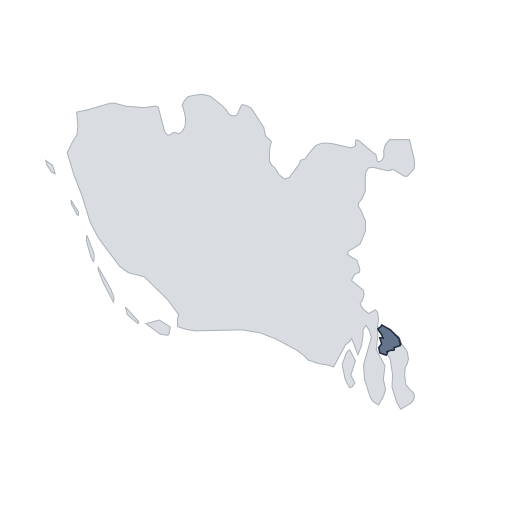 location of Hulst, Zeeland, Netherlands, rotated 255°
{"feature_id": "6326949B4245688321620", "entity_name": "Hulst", "entity_type": "district", "adm_level": 2, "iso_a3": "NLD", "parent_name": "Netherlands", "parent_adm1": "Zeeland", "projection": "natural_earth1", "projection_center": [4.05, 51.332], "detail": "fine", "context": "in_parent", "style": "filled", "palette": "slate", "viewbox_px": 512, "rotation_deg": 255, "n_neighbors": 0, "source": "geoboundaries", "source_scale": "gbopen_adm2", "svg_char_len": 5212}
<svg xmlns="http://www.w3.org/2000/svg" viewBox="0 0 512 512"><g transform="rotate(255 256 256)"><path d="M328.7,434.4L318.8,434.1L309.5,433.9L304.5,433.2L299.3,431.4L296.9,427.5L293.9,422.7L294.7,419.9L303.3,411.7L304.6,409.4L303.7,408.2L304.6,404.6L311.2,392.4L312.0,387.5L309.0,384.1L304.6,382.1L290.6,378.4L283.9,373.4L280.8,368.9L277.7,367.6L273.1,369.2L261.5,370.8L252.1,368.4L240.9,360.0L238.3,352.5L236.9,346.7L234.1,344.7L230.4,347.7L225.7,352.4L216.4,352.9L213.7,351.8L213.3,349.2L212.7,346.8L210.1,343.7L207.4,342.0L195.5,350.6L191.1,350.6L185.6,347.3L182.8,344.0L176.7,345.9L171.3,349.9L173.2,357.4L170.2,358.8L163.5,358.1L155.9,355.0L147.4,353.1L134.5,347.9L116.5,352.2L104.0,347.1L93.6,346.6L87.2,342.6L80.3,335.8L85.2,331.3L90.0,329.8L109.0,328.9L122.8,331.6L147.6,346.4L153.9,346.3L160.5,344.4L157.1,340.4L150.9,338.5L141.7,334.5L134.3,328.9L151.6,327.1L149.2,324.2L146.9,319.3L128.7,302.2L131.8,297.6L136.4,287.6L142.1,279.4L146.6,277.2L154.1,271.3L170.3,254.2L180.6,240.3L188.2,223.8L199.3,178.3L202.6,170.6L208.0,162.0L214.8,163.6L219.5,166.1L236.2,159.6L264.7,142.8L273.0,128.3L281.3,121.6L314.0,108.5L332.1,104.5L360.1,103.5L380.2,101.2L404.5,100.3L413.9,108.4L419.3,114.4L428.0,117.7L441.4,119.9L440.8,131.6L441.3,154.8L440.3,158.9L434.5,168.7L428.3,186.3L426.8,197.9L424.9,200.1L399.3,200.0L395.7,202.0L395.2,204.5L396.6,207.5L396.0,210.5L394.0,212.9L395.2,216.7L399.7,221.1L407.8,223.8L416.5,224.0L420.9,223.6L424.2,226.7L427.5,231.5L427.3,237.5L426.2,245.6L422.2,253.2L410.5,261.8L405.2,264.9L400.3,266.4L397.9,268.7L396.9,271.6L397.1,274.2L405.7,281.1L405.5,282.7L403.1,286.3L399.9,289.7L378.2,296.8L369.2,296.3L364.1,299.8L362.5,300.5L356.8,297.2L344.1,293.5L339.3,294.8L336.7,296.8L328.7,299.3L323.1,303.2L323.1,308.2L333.3,321.2L336.9,323.7L337.1,328.5L342.1,334.6L347.2,342.2L347.8,347.1L347.3,352.0L344.7,358.9L336.1,375.2L336.0,378.4L336.8,380.8L339.8,381.4L342.1,382.6L341.5,384.8L325.1,396.1L323.0,398.1L316.1,397.6L315.0,399.5L316.0,402.5L318.7,405.2L324.6,406.6L329.7,409.5L333.8,415.1L328.7,434.4ZM155.9,355.0L154.4,359.7L150.6,364.9L137.7,372.4L124.3,377.3L117.3,376.7L112.6,374.1L110.0,371.4L102.8,368.8L93.0,367.5L86.8,370.3L82.4,373.0L78.5,372.5L75.7,370.3L73.5,366.9L70.6,356.1L77.9,354.1L93.9,353.4L106.2,357.2L122.5,359.0L134.9,353.8L144.7,358.2L155.9,355.0ZM128.9,311.1L138.4,317.8L140.4,320.0L141.1,322.3L129.1,325.0L116.3,316.7L107.8,318.7L104.6,314.7L104.6,312.3L113.4,310.2L128.9,311.1ZM219.2,146.0L209.7,154.8L203.9,152.3L202.2,150.3L205.1,143.5L219.2,132.1L219.2,146.0ZM261.3,107.2L252.4,108.1L248.3,106.4L269.9,101.5L283.5,100.0L286.0,100.7L261.3,107.2ZM319.3,98.1L300.3,100.1L293.9,98.6L292.8,97.2L298.0,96.3L314.1,96.1L319.2,97.4L319.3,98.1ZM240.5,116.7L222.8,125.8L221.2,124.4L232.7,116.5L240.5,116.7ZM396.4,82.9L387.5,83.3L390.0,80.1L398.3,77.6L402.7,77.6L396.4,82.9ZM358.0,91.7L344.6,95.9L341.3,95.0L342.1,93.8L353.9,91.2L358.0,91.7Z" fill="#d9dde1" stroke="#a8b0b8" stroke-width="1"/><path d="M127.8,354.1L126.5,356.1L128.2,357.7L128.3,357.7L129.3,357.7L129.7,357.7L129.7,357.8L129.7,358.0L129.6,358.4L129.5,358.5L129.4,358.6L129.4,358.8L129.5,358.9L129.5,359.0L129.8,359.3L129.9,359.6L129.9,360.4L129.9,360.5L129.9,360.8L130.0,361.1L130.1,361.4L130.1,361.7L130.1,361.8L130.0,362.1L129.9,362.3L129.8,362.5L129.7,362.7L129.7,362.8L129.6,363.0L129.4,364.2L129.4,364.4L129.3,364.7L129.3,364.8L129.5,365.0L129.8,365.2L130.0,365.3L130.4,365.5L130.8,365.6L131.0,365.7L131.5,365.7L131.8,365.7L131.8,366.5L131.9,367.3L131.9,368.0L132.0,369.4L132.1,370.4L132.1,370.8L132.1,371.0L132.1,371.3L132.1,371.5L132.1,371.8L132.1,372.0L132.6,372.0L133.2,372.3L133.3,372.4L133.3,372.5L133.2,372.6L133.2,372.9L133.3,372.9L133.5,373.1L133.8,373.0L134.0,372.9L134.2,373.0L134.3,372.9L134.4,373.0L134.5,373.0L134.6,372.9L134.8,372.8L134.9,372.7L135.1,372.7L135.3,372.6L135.9,372.6L136.1,372.8L136.2,373.0L136.3,373.1L136.5,373.0L136.5,372.9L136.8,372.9L137.0,372.9L137.3,372.7L137.2,372.6L137.3,372.6L137.5,372.7L137.7,373.1L137.8,373.1L139.2,372.9L139.5,372.8L139.9,372.7L140.0,372.4L140.7,372.0L140.8,372.0L140.7,371.9L140.8,371.9L141.0,371.8L141.3,371.7L141.5,371.6L142.3,371.1L142.6,370.9L142.8,370.8L142.9,370.7L142.9,370.8L145.0,369.5L149.4,367.0L149.7,366.8L149.9,366.7L150.0,366.7L151.3,365.3L153.7,362.8L156.9,359.6L156.7,359.4L156.5,359.2L156.4,359.2L156.2,359.1L156.1,358.9L155.9,358.7L155.7,358.6L155.6,358.4L155.4,358.2L155.2,357.7L155.0,357.4L154.9,357.2L154.8,356.9L154.7,356.7L154.6,356.3L154.6,356.2L154.4,356.0L154.4,355.9L154.2,355.3L154.2,355.2L154.1,354.9L153.9,354.9L153.6,354.9L153.4,354.9L153.2,354.9L153.0,355.0L152.8,355.0L152.7,355.1L152.4,355.2L152.4,355.3L152.2,355.3L151.9,355.3L151.7,355.4L151.5,355.5L151.4,355.5L151.2,355.7L151.0,355.8L150.9,355.8L150.7,355.9L150.5,356.0L150.3,356.0L150.2,356.1L149.9,356.1L149.7,356.2L149.5,356.3L149.4,356.3L149.2,356.4L149.1,356.5L148.9,356.5L148.6,356.6L148.4,356.7L148.3,356.8L148.1,356.8L147.9,356.9L147.6,357.0L147.2,357.1L146.9,357.1L146.5,357.2L146.3,357.2L146.2,357.2L145.8,357.2L145.7,357.2L145.4,357.2L145.1,357.2L144.7,357.3L143.8,357.5L144.4,356.0L145.0,354.4L141.6,354.5L138.5,354.6L137.4,353.0L135.8,350.8L130.3,350.6L127.8,354.1Z" fill="#64748b" stroke="#1e293b" stroke-width="1.5"/></g></svg>